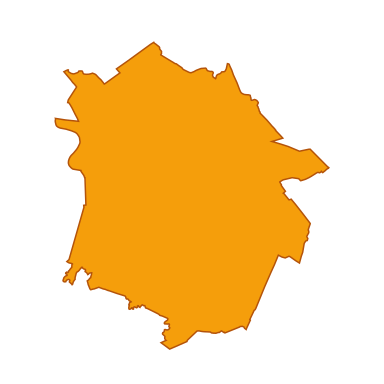 Gaiseni, Giurgiu, Romania (Robinson projection), rotated 173°
{"feature_id": "2599482B30657181659472", "entity_name": "Gaiseni", "entity_type": "district", "adm_level": 2, "iso_a3": "ROU", "parent_name": "Romania", "parent_adm1": "Giurgiu", "projection": "robinson", "projection_center": [25.635, 44.506], "detail": "fine", "context": "isolated", "style": "filled", "palette": "amber", "viewbox_px": 384, "rotation_deg": 173, "n_neighbors": 0, "source": "geoboundaries", "source_scale": "gbopen_adm2", "svg_char_len": 5952}
<svg xmlns="http://www.w3.org/2000/svg" viewBox="0 0 384 384"><g transform="rotate(173 192 192)"><path d="M252.0,323.4L249.0,319.0L265.8,309.8L266.0,309.9L266.7,311.2L268.7,314.5L270.7,316.8L273.0,320.0L273.9,320.8L276.1,322.0L276.3,322.1L278.0,321.7L280.0,321.5L282.6,321.7L284.3,322.1L285.1,322.4L285.5,322.9L285.8,323.8L286.0,324.9L286.4,325.5L288.3,325.8L289.6,325.8L290.3,324.8L291.2,324.4L294.3,323.7L295.5,323.7L297.8,324.6L300.0,326.5L300.2,327.0L299.8,328.1L300.1,328.4L301.8,328.0L304.5,327.0L298.3,317.5L297.1,315.3L295.2,312.8L294.6,311.6L294.0,311.0L293.8,310.6L293.9,310.1L303.4,298.7L303.7,298.2L304.5,295.9L303.8,295.7L303.4,295.5L302.4,293.7L300.9,290.2L298.4,283.1L296.8,279.0L296.0,276.0L309.1,279.0L318.6,281.7L318.5,281.2L319.1,279.2L319.1,277.7L318.8,275.2L318.4,274.1L317.6,273.2L316.8,272.5L315.0,271.5L309.3,269.7L304.1,267.4L300.9,265.6L300.0,264.9L298.9,263.7L297.7,261.4L297.1,259.9L297.0,255.3L297.5,253.8L299.8,250.2L301.3,248.4L304.9,245.0L307.5,243.0L308.7,241.7L309.7,240.2L310.6,238.4L310.9,237.4L311.2,235.8L311.0,234.2L310.7,233.2L309.4,231.2L308.7,230.4L308.0,229.7L307.3,229.2L299.6,226.9L299.7,226.1L297.3,221.5L296.8,219.2L296.5,219.2L298.9,192.0L301.1,192.0L301.1,190.0L322.3,139.9L324.7,138.2L323.3,137.0L322.4,136.5L320.8,136.0L319.5,135.3L319.4,135.1L320.0,134.6L320.5,131.9L321.8,130.8L322.6,130.0L323.1,129.3L324.2,128.6L324.3,127.8L324.5,127.5L325.0,127.2L325.3,127.5L326.1,127.8L327.2,127.1L327.3,126.3L326.6,126.0L326.3,125.6L326.1,124.7L326.2,124.4L327.7,124.0L328.5,123.5L329.6,122.5L330.8,119.9L330.8,119.4L329.9,118.4L329.2,118.3L328.6,118.3L328.1,118.4L328.0,118.9L326.9,119.9L325.5,120.3L324.7,120.1L324.2,119.7L324.0,119.1L324.7,117.7L323.1,115.8L322.5,115.3L322.4,114.1L322.1,114.8L321.5,115.3L321.3,116.3L320.3,117.9L318.6,119.7L318.6,120.9L316.8,125.5L315.8,126.7L314.8,127.0L313.8,127.8L313.2,128.3L312.5,129.1L310.7,130.7L310.2,130.6L310.4,130.1L309.7,129.8L309.2,129.1L308.4,128.6L307.7,128.4L307.2,127.9L307.2,127.1L307.7,126.6L307.8,126.0L306.6,125.0L306.0,124.0L305.5,122.7L304.8,123.0L304.2,123.7L303.5,124.0L302.6,124.1L301.4,124.0L301.9,122.1L302.7,120.4L303.0,119.3L304.2,118.7L304.8,117.8L305.7,117.1L306.8,116.6L306.7,115.6L306.5,114.8L306.3,112.5L306.0,111.7L305.3,108.9L304.9,107.9L304.6,107.4L303.8,107.4L302.2,107.7L301.0,107.7L296.1,108.8L294.0,107.7L291.9,106.6L290.1,106.0L287.6,104.6L287.2,104.4L287.1,104.5L279.0,100.5L271.4,97.1L270.9,96.6L270.6,96.0L270.4,94.3L270.1,93.8L269.0,93.7L268.4,93.3L267.5,91.6L266.5,91.1L266.1,90.8L265.8,90.4L267.4,89.8L268.4,87.9L268.4,87.5L268.0,87.4L268.1,86.9L268.5,86.1L268.8,85.1L268.9,84.3L268.7,83.4L268.2,83.2L267.5,83.3L266.3,83.9L266.2,84.3L265.7,84.4L265.5,84.0L265.4,83.4L264.9,82.9L264.4,82.9L264.2,83.1L264.5,84.1L263.7,84.6L263.5,85.0L262.9,85.0L261.5,84.0L261.0,83.8L260.6,84.0L260.3,84.4L260.0,85.5L259.4,85.8L259.1,85.7L258.6,84.4L257.7,83.8L257.3,84.5L256.2,85.2L255.7,85.8L255.2,86.0L254.8,86.0L254.0,85.1L252.7,85.0L252.2,82.6L250.5,81.8L240.5,75.2L239.8,74.7L239.0,73.5L236.6,72.5L232.0,69.8L231.5,69.4L231.4,68.9L231.7,68.2L232.0,67.8L234.5,66.5L235.0,66.0L235.5,65.3L235.4,64.8L235.1,64.4L232.2,63.9L231.1,63.9L230.6,63.6L230.6,62.9L231.3,61.6L231.3,61.0L230.6,60.1L230.9,59.3L231.7,58.6L232.5,58.2L233.4,58.1L234.3,58.3L235.1,58.7L235.7,58.8L236.2,58.5L236.6,56.9L237.4,56.2L238.1,56.0L238.6,54.9L238.5,54.5L236.7,52.3L236.5,51.5L236.9,50.7L236.9,49.8L236.3,48.3L235.8,47.9L241.1,46.2L233.3,38.8L215.2,44.2L214.9,45.1L214.2,45.8L203.9,53.4L202.0,53.3L199.3,52.4L197.2,51.9L191.9,51.0L190.7,50.7L189.9,49.8L188.0,49.3L185.5,48.9L182.9,49.4L182.3,49.2L181.5,49.5L180.5,50.2L179.6,50.5L177.5,48.7L176.9,48.8L176.5,48.1L161.2,52.2L160.7,52.6L158.3,52.5L156.8,51.5L156.5,50.4L155.0,48.9L154.4,50.1L149.7,57.7L150.2,58.3L144.7,67.0L143.7,67.5L142.9,68.6L131.5,89.0L123.4,102.7L119.1,109.7L114.0,118.8L110.7,116.5L107.5,115.2L103.6,116.4L102.5,115.8L97.5,111.2L94.0,108.4L91.3,115.0L89.5,118.6L86.9,127.3L85.2,129.4L84.4,129.7L83.5,129.8L82.7,131.8L83.2,132.8L83.5,133.7L83.4,134.1L81.1,137.3L80.9,138.7L81.1,139.8L81.3,140.1L80.6,141.8L78.6,145.9L78.5,146.4L84.4,156.5L90.6,166.8L93.5,171.3L94.4,172.8L96.4,172.4L96.8,172.5L100.8,179.0L101.1,179.4L101.5,179.7L99.2,181.3L102.6,187.6L102.4,188.1L102.4,188.4L103.7,191.1L103.7,191.3L101.0,192.6L99.8,193.0L90.9,194.0L84.7,192.3L84.3,192.0L82.9,190.0L82.2,190.0L77.8,190.8L74.2,192.0L71.8,193.0L65.5,196.0L64.5,196.1L63.1,195.5L62.4,195.7L61.3,196.4L61.1,196.7L60.3,195.6L59.9,195.3L57.1,197.0L55.8,198.0L54.5,198.7L53.7,198.9L53.2,199.5L54.4,200.6L69.5,220.1L70.9,220.2L80.4,219.4L90.9,225.4L98.0,228.7L106.5,232.4L95.3,234.4L97.5,237.5L101.4,242.7L101.3,243.1L101.8,243.5L101.9,244.1L103.5,246.4L104.2,247.2L108.8,254.1L114.8,262.0L114.7,263.0L115.3,263.9L115.6,266.4L116.0,267.4L116.1,268.6L116.8,269.8L116.7,270.1L116.4,270.7L115.5,272.1L115.3,272.6L115.7,273.6L116.5,274.9L117.6,275.7L118.7,276.2L120.4,275.8L121.3,275.7L121.9,275.8L122.1,276.3L122.1,278.4L122.4,279.6L122.4,280.6L122.6,281.0L123.8,281.5L126.9,282.1L128.6,282.6L130.5,283.9L131.3,284.8L132.2,287.4L134.0,294.8L136.6,303.0L137.7,308.1L139.2,312.7L139.5,314.2L140.3,314.8L141.2,315.1L143.0,310.0L144.3,308.1L144.9,307.7L145.5,307.5L147.9,307.6L148.7,306.7L150.1,305.9L151.6,305.7L153.0,305.0L153.5,304.4L154.2,302.9L154.5,301.9L154.8,301.6L156.9,303.4L157.4,305.2L157.3,305.9L156.4,307.5L156.4,308.0L156.5,308.4L157.4,309.2L159.5,309.5L161.6,310.4L161.9,310.7L162.3,311.2L162.9,312.9L163.4,313.3L167.7,313.5L168.5,313.4L172.8,312.3L174.1,311.8L175.2,311.3L178.3,310.5L179.0,310.6L180.3,311.1L185.2,314.3L186.1,315.1L186.7,316.1L186.8,316.5L189.8,319.1L191.9,321.1L193.3,321.6L194.8,322.9L196.4,324.1L206.2,331.8L206.3,332.1L205.4,333.1L205.3,334.1L205.1,335.2L205.3,335.7L205.7,336.2L206.6,337.7L206.7,338.2L206.5,338.8L206.6,339.4L206.9,340.1L207.2,340.4L209.9,343.2L211.0,344.1L211.6,344.8L211.7,345.2L215.0,343.7L240.4,329.6L252.0,323.4Z" fill="#f59e0b" stroke="#b45309" stroke-width="1.5"/></g></svg>